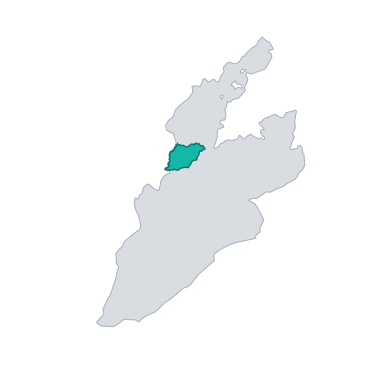 Kara-Kulja, Osh, Kyrgyzstan (highlighted), rotated 137°
{"feature_id": "92254566B85310994889224", "entity_name": "Kara-Kulja", "entity_type": "district", "adm_level": 2, "iso_a3": "KGZ", "parent_name": "Kyrgyzstan", "parent_adm1": "Osh", "projection": "mercator", "projection_center": [74.361, 40.398], "detail": "fine", "context": "in_parent", "style": "filled", "palette": "teal", "viewbox_px": 384, "rotation_deg": 137, "n_neighbors": 0, "source": "geoboundaries", "source_scale": "gbopen_adm2", "svg_char_len": 6292}
<svg xmlns="http://www.w3.org/2000/svg" viewBox="0 0 384 384"><g transform="rotate(137 192 192)"><path d="M83.0,230.7L83.9,230.1L86.9,229.5L93.0,228.9L95.0,229.3L99.2,231.8L102.4,231.5L103.0,231.9L104.2,234.0L108.6,230.9L111.8,229.9L113.4,226.8L116.8,223.1L119.8,222.5L119.8,223.1L120.4,223.7L123.4,224.5L124.3,223.6L124.7,222.2L123.7,220.1L123.7,219.2L124.6,217.8L129.4,219.9L130.5,219.8L132.6,218.7L134.6,216.7L135.4,215.1L145.1,209.9L145.8,209.0L145.7,208.3L141.6,207.1L139.7,207.8L138.0,207.8L137.0,207.0L132.0,206.7L130.9,206.2L127.6,202.5L123.5,200.1L121.5,200.2L119.2,201.2L118.4,200.8L118.3,197.2L117.8,195.1L116.4,194.6L114.6,195.5L109.5,194.3L108.9,189.8L107.1,185.9L104.4,184.4L104.3,182.0L103.4,181.0L102.6,181.3L101.6,182.5L102.1,185.1L101.7,187.7L101.1,189.0L99.9,190.0L98.6,190.0L96.3,188.7L96.0,196.6L95.5,197.0L92.8,195.9L90.6,196.4L87.4,195.9L84.9,194.6L80.2,193.2L77.9,191.7L76.5,186.4L75.2,184.5L74.0,184.1L69.0,185.9L63.7,182.7L61.1,182.0L60.5,181.0L60.6,179.8L68.5,173.9L71.6,169.8L73.6,168.1L78.5,166.3L79.6,162.5L80.1,162.1L85.1,160.2L90.8,156.9L90.9,156.0L90.3,155.2L85.2,152.2L82.7,153.6L81.1,151.8L81.1,150.0L82.8,146.9L84.3,145.4L84.9,142.4L86.9,140.4L89.0,137.2L91.6,134.6L96.4,132.7L99.0,133.3L101.5,132.8L105.4,131.3L107.8,131.1L117.7,133.6L121.0,133.7L128.7,136.8L134.8,138.4L137.7,141.4L147.4,142.7L150.0,143.6L151.0,145.1L153.8,146.9L156.1,147.3L154.0,140.1L154.9,135.8L157.9,124.0L159.5,122.2L167.4,118.9L169.3,116.4L174.9,116.5L176.1,116.0L176.8,114.6L194.3,125.0L200.9,127.9L210.1,130.6L217.9,131.4L219.2,130.8L222.3,126.8L223.8,126.6L243.1,127.3L256.9,125.2L258.9,125.3L264.0,127.6L280.4,128.3L286.8,129.7L296.9,129.2L301.2,129.5L308.9,132.4L311.6,133.0L316.7,133.4L318.6,133.0L319.7,133.6L320.8,137.3L325.5,141.9L327.3,144.4L329.1,145.4L338.1,146.2L341.5,147.2L349.8,155.9L350.9,160.9L350.0,162.0L341.2,162.7L339.2,163.4L337.0,167.2L325.2,171.7L323.4,171.7L307.5,180.3L296.5,187.5L296.1,191.0L289.7,198.9L284.8,199.8L280.8,199.6L274.0,202.0L265.4,201.2L262.5,201.4L256.9,200.3L254.6,200.8L252.2,202.4L248.8,208.7L247.5,210.2L246.9,211.6L246.4,214.6L245.1,217.8L242.3,222.7L239.8,225.0L237.6,226.4L235.9,223.4L232.9,225.5L230.2,225.1L228.5,225.7L224.7,228.3L219.1,228.2L218.5,227.3L217.4,220.2L216.4,216.8L215.6,216.0L214.6,216.0L206.5,221.6L202.8,222.5L199.7,222.7L195.7,221.0L194.8,221.5L194.1,222.4L193.8,223.5L195.0,226.7L194.7,227.3L192.9,227.2L190.3,228.0L182.6,234.5L177.7,236.2L173.2,236.9L170.5,238.1L169.0,240.5L166.0,247.2L166.1,248.6L167.3,250.4L168.3,254.5L168.0,255.5L165.6,258.9L162.5,259.9L160.1,260.4L155.4,259.9L153.1,260.6L148.7,263.1L145.0,263.6L138.2,263.7L131.5,262.7L129.3,263.0L123.4,264.5L121.3,266.9L120.2,269.1L119.7,269.4L117.3,267.4L114.3,264.0L112.8,264.0L107.4,266.8L106.7,266.7L105.1,265.7L105.3,261.3L103.6,260.4L100.0,260.2L98.7,259.2L99.1,256.4L98.7,255.4L97.8,254.6L95.9,254.8L92.1,257.1L87.6,257.9L86.1,258.7L84.3,261.7L78.4,262.4L76.5,261.7L72.9,256.0L69.8,255.2L66.7,255.4L62.4,256.9L61.4,255.7L60.3,255.3L59.3,256.3L54.1,256.5L48.8,256.3L45.8,255.7L43.8,255.7L39.9,257.3L35.1,257.5L34.6,252.2L33.1,248.7L34.6,242.8L35.4,240.9L39.0,243.1L40.2,242.7L40.6,241.6L40.0,238.9L41.8,236.0L54.4,232.1L68.4,237.8L70.2,241.6L71.4,241.4L73.4,239.7L73.9,236.6L76.7,234.8L82.7,232.6L83.0,230.7ZM90.1,243.7L90.4,243.2L89.4,240.5L90.8,237.9L88.0,237.5L86.5,236.7L84.9,234.1L84.4,234.0L83.5,234.7L83.1,236.4L83.5,238.2L85.5,240.0L84.5,243.6L88.7,244.1L90.1,243.7ZM75.6,246.3L75.5,245.5L74.5,245.1L69.3,244.1L69.5,244.8L71.5,247.6L73.0,247.7L75.6,246.3ZM106.7,241.6L107.0,239.9L103.8,240.9L103.5,241.7L104.6,242.8L105.9,243.2L106.7,241.6Z" fill="#d9dde1" stroke="#a8b0b8" stroke-width="1"/><path d="M171.2,237.0L171.2,236.9L171.1,236.7L171.4,236.5L171.5,236.4L171.6,236.2L171.8,236.1L171.9,235.9L172.0,236.0L172.3,236.1L172.3,236.3L172.5,236.4L172.6,236.5L172.7,236.8L172.7,236.7L172.8,236.7L173.0,236.7L173.3,236.5L173.3,236.4L173.5,236.4L173.8,236.4L173.8,236.2L174.0,236.0L174.1,235.9L174.0,235.7L174.3,235.5L174.5,235.6L174.8,235.7L175.1,235.6L175.3,235.5L175.3,235.4L175.5,235.3L175.8,235.4L176.0,235.3L176.0,235.2L176.4,235.2L176.5,235.1L176.8,235.0L176.9,234.9L177.0,234.9L177.2,235.0L177.3,235.1L177.5,235.0L177.8,235.0L177.9,234.9L178.0,234.8L178.1,234.7L178.3,234.8L178.4,235.0L178.4,235.3L178.5,235.3L178.6,235.5L178.8,235.8L179.0,235.8L179.1,235.7L179.3,235.5L179.4,235.4L179.5,235.4L179.7,235.5L179.8,235.5L179.8,235.8L180.0,235.9L180.3,236.0L180.5,236.2L180.8,236.1L181.0,236.0L181.0,235.9L181.3,235.8L181.4,235.7L181.5,235.5L181.6,235.4L181.8,235.3L182.0,235.2L182.2,234.9L182.3,234.9L182.2,234.8L182.3,234.7L182.5,234.6L182.8,234.6L182.9,234.4L183.0,234.3L183.1,234.2L183.3,234.1L183.5,233.9L183.8,233.8L183.8,233.7L184.0,233.5L184.1,233.4L184.1,233.2L184.3,233.0L184.3,232.9L184.5,232.9L184.6,232.7L184.8,232.4L184.9,232.2L185.0,232.1L185.3,232.0L185.5,231.9L185.9,231.8L185.9,231.7L186.1,231.6L186.2,231.4L186.3,231.3L186.4,231.2L186.5,230.9L186.6,230.7L186.8,230.4L186.9,230.2L187.0,230.0L187.0,229.9L187.3,229.7L187.5,229.6L187.6,229.4L187.6,229.2L187.8,229.1L188.0,229.1L188.3,229.0L188.5,229.1L188.8,229.0L189.0,229.0L189.2,229.4L189.4,229.4L189.8,229.4L189.9,229.2L190.0,229.2L190.3,228.9L190.5,228.8L190.4,228.6L190.3,228.4L190.5,228.3L190.6,228.1L190.7,227.9L190.8,227.8L190.8,227.7L190.9,227.4L190.9,227.2L191.0,227.1L190.8,226.9L190.8,226.7L190.7,226.7L190.8,226.5L191.0,226.5L191.3,226.5L191.7,226.6L191.8,226.7L192.0,226.7L192.3,226.4L192.5,226.4L192.5,226.5L192.8,226.6L193.0,226.5L193.4,226.5L193.5,226.4L193.8,226.4L193.9,226.5L195.0,227.6L196.4,226.9L195.0,224.4L194.0,223.6L194.2,223.8L193.6,223.3L193.3,223.1L192.8,222.9L190.7,221.0L189.7,221.1L188.5,218.9L187.6,217.6L184.3,217.2L181.3,215.6L179.7,214.3L177.9,212.3L176.3,213.1L174.5,213.1L171.6,214.3L169.2,214.4L168.7,213.5L166.6,212.4L163.9,214.3L162.3,214.4L160.4,215.3L158.8,216.7L157.9,216.3L157.3,215.4L155.2,215.4L153.5,214.7L152.7,215.7L152.9,217.2L152.5,218.1L153.0,218.9L154.3,220.2L154.3,221.1L154.0,222.5L154.4,222.5L154.9,222.7L155.2,224.2L156.2,225.1L157.3,225.3L157.8,224.8L158.7,226.1L159.3,227.1L160.5,227.6L162.9,227.8L164.8,228.2L165.8,229.3L166.3,230.9L166.4,231.9L167.5,232.6L168.3,233.5L168.5,234.3L169.7,236.0L169.7,237.0L170.1,236.7L170.8,236.6L171.2,237.0Z" fill="#14b8a6" stroke="#0f766e" stroke-width="1.5"/></g></svg>